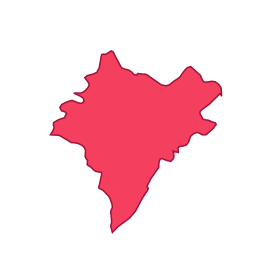 outline of Al Gharbiyah, rotated 39°
{"feature_id": "EGY-1530", "entity_name": "Al Gharbiyah", "entity_type": "Governorate", "adm_level": 1, "iso_a3": "EGY", "parent_name": "Egypt", "parent_adm1": "", "projection": "equal_earth", "projection_center": [31.057, 30.849], "detail": "fine", "context": "isolated", "style": "filled", "palette": "rose", "viewbox_px": 256, "rotation_deg": 39, "n_neighbors": 0, "source": "natural_earth", "source_scale": "10m", "svg_char_len": 2160}
<svg xmlns="http://www.w3.org/2000/svg" viewBox="0 0 256 256"><g transform="rotate(39 128 128)"><path d="M120.2,182.3L119.1,181.9L116.9,178.6L114.9,178.3L112.8,177.3L108.9,171.9L106.4,170.7L103.7,170.4L100.8,170.9L98.2,171.8L95.5,173.3L93.1,175.0L80.7,176.7L78.3,177.5L75.1,179.9L72.0,182.1L71.4,177.5L70.2,174.0L68.0,172.6L66.8,170.5L68.5,165.9L70.9,161.7L72.1,160.5L71.1,155.3L68.6,155.2L65.4,156.5L62.2,155.0L61.7,151.5L63.5,147.2L65.8,143.5L67.2,141.7L73.6,139.7L76.6,138.0L77.0,135.0L74.6,133.0L71.2,133.2L63.8,135.0L69.4,130.5L70.5,128.6L71.3,125.5L71.5,121.8L70.6,118.7L68.0,117.4L62.7,116.1L63.4,112.8L66.7,108.5L68.8,104.3L67.6,99.0L61.9,88.9L61.4,87.0L64.3,84.8L66.5,78.5L68.3,78.2L70.0,78.8L70.7,79.3L84.8,85.2L87.7,84.6L91.8,82.6L95.3,82.2L99.1,82.7L100.9,81.8L101.6,81.2L101.2,80.0L101.4,79.5L102.4,78.7L105.1,77.2L107.4,75.4L109.5,74.7L126.8,73.5L130.8,71.4L132.9,68.6L134.3,62.4L135.3,59.5L136.0,57.0L136.2,55.1L135.8,49.9L135.8,46.6L136.2,43.6L138.1,40.8L151.0,41.5L156.4,44.3L158.9,44.2L164.0,38.7L166.8,37.2L169.6,37.0L172.1,37.3L174.4,38.0L175.9,39.0L180.8,44.4L179.2,43.8L178.8,43.3L178.2,42.9L177.9,43.5L176.2,58.6L173.9,67.1L173.6,69.6L174.8,71.5L176.2,72.2L177.7,72.6L179.9,73.7L180.6,73.9L183.3,72.9L185.3,71.5L187.8,70.7L190.1,70.2L192.3,69.1L193.6,69.3L194.5,70.1L194.2,71.7L194.6,74.1L193.1,83.2L192.5,84.6L189.9,86.6L187.0,87.0L184.5,87.9L182.5,91.2L181.9,95.2L182.8,97.8L183.9,100.3L184.1,104.3L182.5,107.0L180.1,109.3L179.3,111.9L182.5,115.3L181.2,115.9L180.4,116.5L179.4,117.1L177.6,117.4L179.0,118.5L180.6,120.1L182.0,121.8L182.5,123.0L182.4,126.4L181.9,127.4L180.9,127.5L179.2,128.6L173.8,130.4L172.6,131.8L173.2,134.1L174.4,136.3L176.7,139.2L177.6,152.7L179.2,160.5L179.8,161.6L180.9,161.8L182.0,162.4L182.5,164.8L183.3,173.5L186.2,188.2L185.9,196.9L182.2,211.5L181.6,219.0L176.4,215.2L174.5,211.4L169.5,206.1L167.5,204.4L166.4,202.0L165.9,199.7L164.3,198.0L162.5,196.6L159.1,194.5L156.2,193.2L147.7,192.1L144.1,192.9L142.8,193.0L142.2,191.9L141.5,190.0L136.6,180.5L135.7,179.5L135.0,179.4L130.9,181.7L129.7,182.1L127.9,182.2L126.6,182.1L124.5,181.7L120.2,182.3Z" fill="#f43f5e" stroke="#9f1239" stroke-width="1.5"/></g></svg>